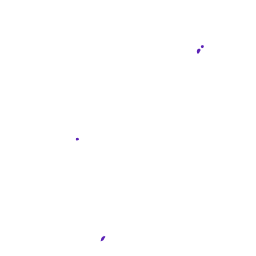 Sonsorol + Pulo Anna + Merir, Palau (orthographic projection), rotated 32°
{"feature_id": "81905179B53327233030313", "entity_name": "Sonsorol + Pulo Anna + Merir", "entity_type": "district", "adm_level": 2, "iso_a3": "PLW", "parent_name": "Palau", "parent_adm1": "", "projection": "orthographic", "projection_center": [132.184, 4.83], "detail": "fine", "context": "isolated", "style": "filled", "palette": "violet", "viewbox_px": 256, "rotation_deg": 32, "n_neighbors": 0, "source": "geoboundaries", "source_scale": "gbopen_adm2", "svg_char_len": 1225}
<svg xmlns="http://www.w3.org/2000/svg" viewBox="0 0 256 256"><g transform="rotate(32 128 128)"><path d="M146.6,23.8L146.4,24.0L146.2,24.2L146.1,24.3L146.1,24.8L146.1,25.1L146.1,25.3L146.2,25.6L146.3,25.8L146.4,26.1L146.7,26.5L147.0,26.8L147.1,27.0L147.3,27.2L147.5,27.2L147.7,26.9L147.7,26.6L147.7,25.9L147.6,25.0L147.6,24.7L147.7,24.4L147.6,24.2L147.5,23.9L147.4,23.7L147.2,23.7L146.9,23.6L146.6,23.8ZM165.6,232.9L165.5,233.0L165.4,233.0L165.4,233.4L165.3,233.5L165.2,233.6L164.8,234.0L164.8,234.3L164.7,234.7L164.6,235.0L164.6,235.3L164.6,235.5L164.7,236.1L164.8,236.3L165.0,236.8L165.1,237.1L165.5,236.6L165.7,236.1L165.8,235.9L165.8,235.6L165.7,235.1L165.7,234.8L165.7,234.5L165.7,234.1L165.7,233.8L165.7,233.4L165.7,233.1L165.7,232.9L165.6,232.9ZM148.1,20.3L148.3,20.2L148.5,19.9L148.4,19.6L148.5,19.3L148.4,19.1L148.3,18.9L148.2,18.8L147.9,18.8L147.7,18.9L147.6,19.0L147.3,19.3L147.2,19.4L147.2,19.6L147.2,19.8L147.3,19.9L147.6,20.1L147.8,20.3L148.1,20.3ZM90.3,164.2L90.2,164.3L90.3,164.5L90.4,164.8L90.6,164.9L90.7,165.0L90.8,164.9L91.2,164.7L91.4,164.5L91.6,164.2L91.7,163.9L91.4,163.7L91.2,163.7L90.9,163.7L90.7,163.8L90.5,164.0L90.4,164.1L90.3,164.2Z" fill="#8b5cf6" stroke="#5b21b6" stroke-width="1.5"/></g></svg>